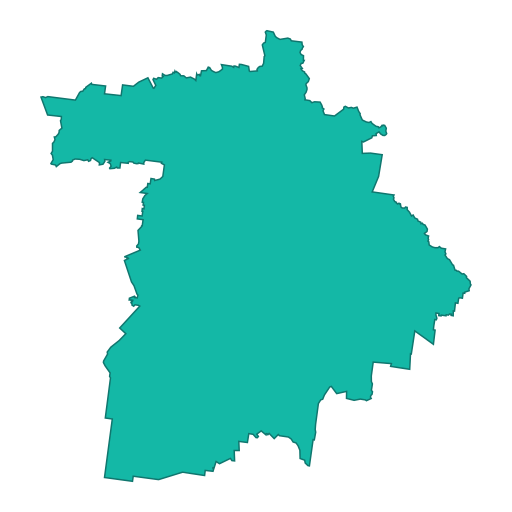 outline of Western Downs, Queensland, Australia
{"feature_id": "25037944B15079852191884", "entity_name": "Western Downs", "entity_type": "district", "adm_level": 2, "iso_a3": "AUS", "parent_name": "Australia", "parent_adm1": "Queensland", "projection": "albers", "projection_center": [150.512, -26.807], "detail": "fine", "context": "isolated", "style": "filled", "palette": "teal", "viewbox_px": 512, "rotation_deg": 0, "n_neighbors": 0, "source": "geoboundaries", "source_scale": "gbopen_adm2", "svg_char_len": 5957}
<svg xmlns="http://www.w3.org/2000/svg" viewBox="0 0 512 512"><path d="M104.5,477.5L132.5,481.3L133.2,476.2L158.6,479.6L182.5,472.2L204.6,475.5L205.2,470.4L213.0,471.3L213.7,469.0L213.0,468.6L213.0,467.7L214.1,467.8L216.1,461.5L219.5,463.7L230.4,458.4L231.9,460.6L234.6,460.9L234.2,450.5L239.2,450.5L238.8,441.4L247.4,442.5L248.8,433.6L253.1,434.3L256.0,437.6L257.4,437.7L258.4,436.4L256.7,434.2L261.2,430.9L266.0,434.9L266.3,433.6L267.1,433.6L267.9,434.7L269.1,433.4L274.2,438.6L278.3,434.5L279.4,435.7L288.4,437.0L291.2,439.0L293.1,442.0L296.0,442.9L298.0,445.6L299.9,450.3L300.1,458.5L304.7,460.2L305.2,463.0L307.9,465.6L309.4,465.9L313.1,439.6L314.3,439.9L315.7,432.2L315.2,429.5L315.6,424.2L318.4,403.5L320.7,399.9L322.7,399.2L324.4,395.0L329.7,387.0L331.3,386.4L336.7,393.6L346.6,391.4L346.5,398.4L354.1,400.3L360.3,399.1L365.4,399.9L366.4,400.7L371.2,398.5L370.4,397.0L371.0,395.3L372.0,394.4L372.5,391.7L371.4,390.3L372.4,383.9L371.4,381.6L371.3,376.0L373.2,362.1L391.4,363.6L390.6,366.4L409.7,369.3L410.5,353.8L411.3,354.0L414.8,330.9L433.4,344.3L435.1,330.1L433.4,329.8L433.8,325.9L434.8,319.5L436.3,319.8L436.9,318.3L435.9,314.9L436.0,313.0L439.0,313.5L438.7,315.6L441.1,315.9L441.3,315.1L446.0,315.8L446.2,314.7L448.4,315.1L449.5,314.0L451.3,314.2L451.1,315.4L453.2,315.8L453.3,310.9L454.5,311.1L455.4,302.9L457.9,303.3L458.7,298.2L459.9,297.8L462.4,298.2L463.1,293.1L464.7,293.3L464.7,292.2L469.2,290.7L468.9,288.8L471.0,284.9L470.4,284.1L470.1,281.2L466.4,277.7L466.6,276.4L463.8,273.7L462.1,274.0L458.6,271.2L456.9,271.1L456.5,270.4L455.0,270.1L453.5,265.2L452.6,264.9L449.5,259.7L447.4,258.6L445.0,255.0L445.9,253.9L445.0,251.9L445.6,248.9L441.3,248.2L439.4,246.6L438.0,247.7L435.0,247.7L432.4,247.0L429.2,245.0L428.8,241.8L427.9,241.1L428.6,239.6L428.1,238.3L428.6,236.0L425.4,234.8L424.4,233.4L427.0,231.5L427.4,229.1L425.0,225.0L423.3,224.5L422.3,223.2L421.0,223.7L420.7,222.2L417.9,220.9L417.5,219.2L414.8,218.0L413.1,215.0L411.5,216.0L409.5,212.2L407.2,209.7L407.2,207.4L405.6,207.0L404.6,208.1L402.2,208.0L400.9,206.9L400.4,203.9L399.8,204.1L399.0,203.2L397.6,204.0L396.3,202.9L396.4,202.3L394.7,201.5L393.4,199.1L394.0,197.9L393.3,196.3L394.0,195.0L372.2,191.9L378.6,176.4L382.2,154.7L370.5,153.1L362.3,153.4L361.8,141.4L363.4,142.0L371.8,137.8L372.4,135.8L376.3,135.5L376.1,133.6L379.0,131.9L380.6,133.9L382.9,135.4L384.7,135.5L386.1,134.5L386.7,133.6L385.8,131.1L386.3,128.2L384.7,125.4L383.5,125.1L382.6,125.8L382.1,125.3L380.7,127.0L378.9,127.8L378.2,126.7L376.0,126.3L372.0,123.4L370.9,121.6L369.0,122.5L366.4,122.0L362.3,120.0L360.0,114.8L360.2,113.7L358.7,111.4L357.0,107.1L353.4,108.2L351.3,107.4L348.5,108.0L345.3,106.3L343.9,107.1L343.6,109.2L334.5,116.0L324.5,114.6L323.0,110.8L323.9,109.0L322.2,107.8L322.4,107.1L321.8,105.2L320.1,102.1L314.5,101.8L311.9,102.7L309.8,100.6L304.9,99.8L305.2,98.6L304.3,94.8L306.1,92.2L307.0,89.4L307.0,87.8L305.9,84.8L306.2,83.6L308.3,81.6L309.3,78.6L305.9,73.9L304.8,73.2L304.6,72.0L302.4,70.8L301.0,68.8L302.3,68.4L300.2,65.6L301.2,63.4L302.8,63.2L304.2,60.4L303.4,60.3L303.5,55.7L301.1,54.5L300.0,52.5L300.6,50.6L302.2,49.1L302.3,48.1L303.4,46.6L302.2,44.8L301.9,42.1L291.3,40.8L290.3,39.0L287.8,38.1L280.0,39.4L276.6,37.6L275.2,36.2L273.3,32.1L266.9,30.7L266.1,31.2L265.3,32.1L266.3,35.0L265.3,42.4L263.6,43.1L262.3,44.9L264.9,55.8L264.2,56.5L263.6,63.3L262.2,66.2L259.9,66.4L258.4,67.4L257.0,69.3L257.3,70.9L250.0,71.5L249.3,71.0L248.6,66.4L241.6,64.5L239.4,64.3L238.9,67.5L235.3,66.1L234.0,66.0L233.7,67.4L231.8,66.2L221.4,64.6L222.4,67.3L222.4,69.2L218.8,71.8L215.8,72.6L213.7,71.7L211.4,70.4L209.6,67.5L208.7,67.8L208.2,67.2L206.4,70.6L201.5,70.8L200.5,75.8L199.8,75.7L199.3,74.4L197.2,75.1L196.7,73.9L195.8,80.5L194.4,79.1L190.5,77.1L186.3,77.9L183.8,75.8L180.7,75.8L180.0,74.3L177.8,72.5L176.4,71.6L176.2,72.1L175.2,71.9L174.9,71.2L174.4,72.9L173.1,72.3L172.4,73.9L167.1,75.5L165.0,75.4L162.5,73.8L162.2,76.0L163.2,76.5L161.6,78.1L158.2,77.6L156.5,79.3L153.7,78.3L153.0,79.6L155.8,85.4L153.9,88.3L153.2,88.1L147.9,77.8L138.8,82.1L133.4,86.3L122.6,84.9L121.1,95.6L104.5,93.8L105.6,86.0L91.8,84.4L91.4,83.2L85.8,87.3L85.5,88.6L84.3,88.9L82.7,91.3L80.9,91.4L79.6,92.5L75.4,100.1L47.8,96.6L45.6,97.6L42.9,96.7L41.0,97.1L47.6,115.0L61.4,116.5L61.3,119.3L60.5,120.7L61.9,128.1L59.2,130.4L59.1,132.4L58.2,134.2L55.8,136.8L54.3,137.0L55.0,139.6L53.9,142.0L52.5,143.4L52.5,151.2L51.1,153.5L52.4,155.1L53.2,159.6L50.9,163.6L51.4,164.1L55.6,165.0L56.3,166.6L59.9,163.7L61.6,163.1L71.0,162.2L72.4,161.1L72.6,160.1L75.1,159.0L79.8,159.3L83.9,160.6L87.7,159.8L88.6,161.3L90.5,160.5L91.0,158.7L92.2,157.7L99.5,162.6L99.3,164.9L103.0,164.2L104.9,161.3L104.6,159.5L110.9,160.2L110.8,161.0L108.0,162.3L110.3,163.6L111.1,166.2L109.6,168.1L109.9,168.7L114.3,168.3L116.7,167.1L117.3,168.0L119.9,168.0L120.6,162.5L128.2,163.3L128.1,162.4L129.5,161.6L132.9,162.0L133.8,163.1L136.5,163.7L138.1,163.6L138.4,163.0L143.8,164.1L143.7,162.7L145.4,160.1L161.8,162.2L161.4,163.3L164.4,164.9L162.8,176.5L160.0,179.1L154.7,180.5L154.5,179.1L151.0,178.5L150.2,183.8L147.8,183.5L147.3,187.3L146.3,187.2L140.2,192.5L147.2,193.5L144.9,195.5L142.8,198.8L142.2,202.2L143.5,202.4L143.1,205.1L144.4,205.3L143.9,208.9L142.3,208.5L142.0,211.3L142.8,211.4L142.1,216.0L137.7,215.4L137.3,218.9L143.1,219.7L142.2,225.8L141.6,225.9L141.5,226.7L138.0,230.4L138.9,241.2L138.5,243.9L136.7,246.0L136.8,247.2L138.7,247.5L140.3,250.1L124.9,256.6L125.1,257.1L125.8,256.5L126.8,257.9L127.7,257.6L128.4,258.5L124.4,260.5L131.5,281.9L134.0,285.7L137.0,294.1L137.9,295.1L137.2,297.9L134.5,297.6L134.3,297.0L134.9,296.7L134.5,296.2L129.4,298.2L129.2,300.0L130.7,299.9L131.4,301.3L131.8,300.1L132.8,300.3L132.3,301.7L131.0,302.7L132.0,303.9L132.0,305.1L133.7,306.2L135.0,304.8L138.4,305.3L139.8,306.1L119.7,328.0L125.8,333.7L119.1,340.6L110.8,347.2L107.2,352.1L107.6,354.0L103.6,361.0L103.4,362.5L105.1,365.8L110.1,372.9L109.6,376.4L110.5,377.9L105.3,418.0L112.3,419.0L104.5,477.5Z" fill="#14b8a6" stroke="#0f766e" stroke-width="1.5"/></svg>